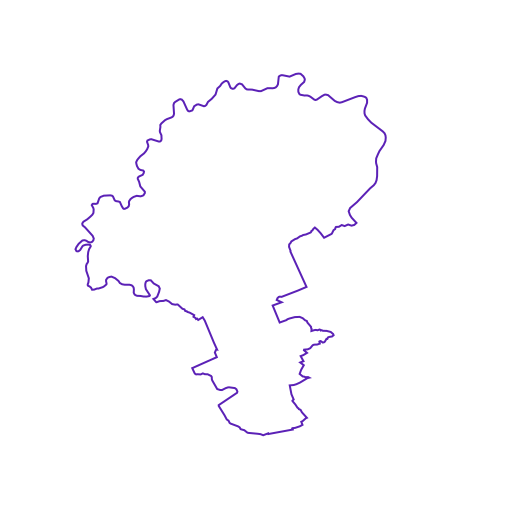 Bac Tan Uyen, Bình Dương, Vietnam, rotated 247°
{"feature_id": "81297802B7309999559024", "entity_name": "Bac Tan Uyen", "entity_type": "district", "adm_level": 2, "iso_a3": "VNM", "parent_name": "Vietnam", "parent_adm1": "Bình Dương", "projection": "natural_earth1", "projection_center": [106.832, 11.138], "detail": "fine", "context": "isolated", "style": "outline", "palette": "violet", "viewbox_px": 512, "rotation_deg": 247, "n_neighbors": 0, "source": "geoboundaries", "source_scale": "gbopen_adm2", "svg_char_len": 6120}
<svg xmlns="http://www.w3.org/2000/svg" viewBox="0 0 512 512"><g transform="rotate(247 256 256)"><path d="M367.0,124.7L363.8,125.0L362.4,124.8L359.2,123.2L358.5,122.3L357.9,121.4L356.9,118.8L355.7,115.0L355.0,110.6L354.4,109.5L353.5,108.6L351.8,108.4L349.2,109.8L338.4,113.5L335.5,113.5L334.0,112.4L333.1,110.8L333.1,109.3L333.3,108.5L334.7,106.8L336.2,105.9L337.2,104.8L337.7,104.0L338.1,102.2L336.5,97.5L334.4,94.2L332.8,92.5L330.8,92.6L330.3,93.0L329.8,94.0L329.8,94.9L330.3,96.6L332.8,100.1L333.1,101.1L332.9,103.6L332.0,106.2L331.0,107.6L329.9,107.8L329.4,107.6L327.5,105.0L325.2,103.1L321.6,101.1L316.5,99.3L315.7,98.5L314.7,96.9L313.1,95.6L308.7,94.0L300.8,93.4L297.3,91.5L295.6,90.0L294.8,89.7L294.2,89.8L293.0,90.9L291.3,91.8L289.0,91.9L288.3,93.9L288.2,96.9L287.6,98.3L287.2,102.8L287.4,104.3L288.3,107.2L289.1,107.7L291.6,108.2L292.7,108.8L293.8,110.6L294.0,111.6L293.9,113.1L293.5,114.9L290.7,117.6L286.7,119.7L284.4,120.1L282.3,121.7L280.8,124.0L279.0,128.3L277.6,130.1L276.1,130.8L274.8,131.0L273.1,130.6L270.0,129.1L268.1,129.2L267.1,129.7L265.8,131.0L264.4,134.0L262.6,136.7L261.4,139.4L260.8,142.1L260.9,142.6L261.3,143.0L268.5,141.7L271.5,142.3L273.4,143.1L274.8,144.1L275.4,144.8L275.6,145.4L275.6,147.8L274.7,149.7L270.7,151.1L266.2,154.6L263.6,154.7L260.9,152.8L257.2,149.2L256.5,147.3L256.5,144.8L252.5,146.1L252.3,146.4L252.1,149.7L250.8,153.3L250.6,155.9L248.1,158.1L244.5,160.0L242.7,162.7L242.2,164.6L241.8,165.1L236.1,167.7L234.8,169.3L233.0,169.4L232.2,170.7L231.4,170.9L229.8,172.8L225.7,176.0L224.5,174.7L222.5,176.1L221.4,176.2L221.4,177.3L219.7,177.8L220.5,183.0L216.5,183.6L193.0,183.4L185.1,183.6L185.5,183.0L185.2,182.5L183.2,180.4L178.2,180.4L177.7,153.5L172.3,153.7L171.6,153.8L170.4,154.6L170.1,155.8L168.6,158.8L168.7,161.2L167.2,162.7L166.0,165.3L163.1,167.8L161.9,168.0L159.8,167.2L158.6,167.1L148.7,168.3L146.7,170.6L145.9,172.3L146.2,176.5L146.0,178.9L145.6,180.0L142.7,184.9L141.0,185.9L138.5,185.9L137.5,185.1L133.3,163.4L132.5,163.1L121.7,164.8L117.0,165.2L115.1,166.4L112.7,166.5L111.7,167.1L106.2,172.9L104.6,174.0L102.6,174.2L100.2,177.2L97.0,178.9L96.3,179.6L91.7,188.1L90.2,190.6L88.2,192.6L88.0,197.9L87.3,197.8L81.9,222.0L83.2,222.0L83.3,222.2L82.5,224.8L82.3,227.4L82.1,229.7L82.4,232.8L85.7,232.9L85.8,234.4L87.2,238.6L87.2,239.6L94.1,237.2L97.0,236.9L98.3,235.6L99.1,235.6L100.2,234.9L104.0,234.2L108.2,232.9L108.6,233.0L109.2,234.6L114.9,234.6L123.7,236.5L122.5,240.3L122.2,242.9L122.3,247.0L123.5,255.6L123.2,257.4L124.2,256.6L125.1,254.2L126.2,253.1L126.8,252.0L130.4,250.1L133.6,253.1L136.8,257.3L140.7,255.1L140.6,258.6L146.4,258.0L146.3,260.8L146.9,265.1L150.5,263.3L151.0,263.7L149.9,267.1L149.9,269.3L150.0,270.0L151.7,273.3L151.7,274.8L150.6,277.7L150.4,280.5L152.5,280.9L152.6,281.8L152.4,282.3L150.2,283.7L150.0,285.2L150.4,286.1L152.2,288.5L151.8,289.3L152.9,290.4L152.9,291.7L152.2,294.6L152.8,296.5L154.1,296.5L156.9,295.1L159.5,291.7L161.0,288.4L162.1,287.4L162.1,286.5L163.0,286.3L163.5,285.8L163.6,283.6L164.6,282.2L165.0,280.6L165.3,277.7L167.3,278.7L168.4,278.6L169.2,279.0L174.7,277.3L176.3,277.4L177.6,276.1L180.5,274.7L182.9,272.4L184.6,267.8L185.4,262.3L185.5,260.1L185.1,259.1L185.5,251.8L203.9,252.0L203.4,261.5L207.4,257.9L208.8,259.3L209.4,260.9L209.3,262.0L208.4,263.6L207.8,281.0L207.8,290.4L246.6,289.4L247.1,289.8L251.5,290.0L253.7,291.1L254.5,292.9L255.6,294.2L256.3,298.6L256.1,300.6L256.9,304.2L256.7,306.1L256.9,307.6L256.3,310.4L256.3,315.4L256.6,316.1L257.4,316.8L257.5,317.9L258.5,319.3L259.2,321.3L256.0,322.9L251.7,324.4L246.2,325.8L246.8,334.0L247.0,334.6L249.5,337.5L249.9,339.4L251.2,340.4L251.5,341.0L250.5,343.7L251.0,347.0L248.9,349.3L249.0,353.1L246.6,355.8L246.2,358.6L247.2,361.4L253.9,359.0L257.1,358.5L261.0,358.8L263.4,361.4L266.1,369.9L273.7,387.5L275.1,392.0L276.5,394.5L278.7,396.6L282.2,398.7L290.5,402.3L294.3,402.8L295.9,403.3L298.9,404.8L302.1,408.1L304.4,410.7L308.3,416.9L311.3,420.1L314.3,421.7L316.4,422.3L318.7,422.3L321.1,421.4L333.7,414.2L338.2,412.5L342.7,411.4L344.8,411.6L347.1,412.5L349.1,413.8L353.6,418.1L356.4,419.3L358.4,419.3L359.4,418.8L360.7,417.5L362.3,415.4L363.2,412.7L363.5,409.3L364.0,395.2L364.4,393.0L366.0,390.8L368.0,389.1L375.9,385.2L377.3,383.3L377.7,382.1L377.4,379.1L376.2,373.2L376.3,371.8L377.1,370.8L381.4,368.3L382.9,367.0L383.8,365.8L384.8,363.3L387.0,360.0L387.9,359.3L390.0,359.1L391.1,359.3L392.9,360.1L394.6,361.6L396.0,364.2L397.4,368.3L399.2,369.8L400.4,370.1L402.9,369.8L406.3,368.2L407.3,366.4L408.0,363.8L408.0,357.0L411.9,351.3L412.5,350.1L412.6,349.0L412.4,347.5L412.1,347.0L405.5,343.3L404.3,341.9L403.5,340.1L403.5,338.5L403.9,336.9L406.0,332.1L405.8,325.1L406.6,323.1L410.7,317.4L412.8,312.8L414.3,311.7L419.5,310.2L421.1,308.4L421.2,307.1L420.7,305.2L418.8,301.7L418.8,300.7L419.1,299.7L420.4,298.5L421.4,298.3L426.8,298.4L427.9,298.0L428.8,297.0L429.0,296.0L428.8,294.1L428.1,291.8L426.5,289.4L425.3,285.9L420.4,281.8L418.0,276.7L416.6,272.0L414.4,269.3L414.0,267.6L414.2,266.6L418.1,262.3L418.5,260.7L418.0,257.6L415.2,254.7L414.9,254.1L415.1,251.5L415.4,250.8L416.2,250.1L417.8,249.8L426.7,249.6L429.0,248.8L430.0,247.5L430.1,246.4L429.4,241.8L428.8,240.3L427.2,239.0L418.9,236.1L417.4,234.9L416.7,233.5L416.6,232.1L416.8,227.5L416.6,225.4L415.0,220.7L414.0,219.1L412.1,218.4L408.7,216.3L407.5,216.0L404.1,216.1L400.6,214.8L399.3,213.8L398.9,212.4L399.3,211.3L404.4,205.3L404.8,203.9L404.7,201.2L403.7,200.3L400.3,200.1L399.0,199.7L396.9,197.6L395.4,195.4L394.2,193.0L393.0,188.5L391.7,185.8L390.8,184.2L389.7,182.9L389.1,182.3L387.6,181.9L385.3,181.6L382.2,181.9L380.4,183.2L378.7,185.6L377.5,185.9L376.3,185.1L375.0,183.4L374.9,179.5L374.4,178.0L373.9,177.6L373.2,177.3L370.1,177.4L365.2,176.7L358.6,178.8L357.4,178.3L355.9,176.2L355.8,175.3L356.0,173.1L358.0,169.7L358.2,166.4L357.9,164.5L357.4,162.7L356.1,160.7L355.1,160.0L353.1,159.4L351.5,158.2L350.8,156.5L350.7,153.7L351.0,152.8L351.7,152.3L354.3,151.9L358.9,151.8L359.9,150.7L361.2,148.6L362.4,147.7L366.7,147.6L367.8,147.0L368.8,145.5L371.0,139.5L371.1,135.9L370.3,134.2L366.4,130.7L366.5,129.1L367.7,126.5L367.8,125.9L367.0,124.7Z" fill="none" stroke="#5b21b6" stroke-width="2"/></g></svg>